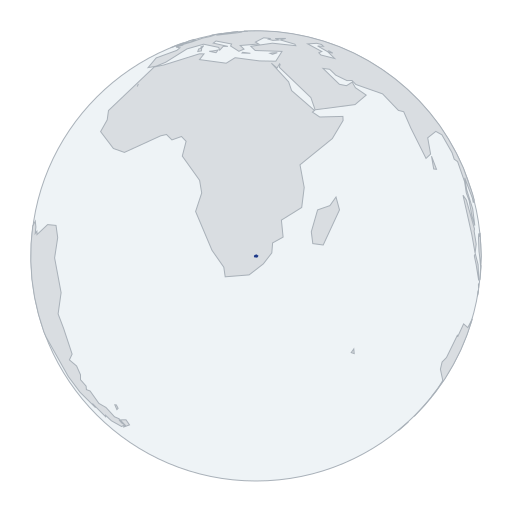 Berea highlighted on a globe, orthographic projection
{"feature_id": "LSO-1202", "entity_name": "Berea", "entity_type": "District", "adm_level": 1, "iso_a3": "LSO", "parent_name": "Lesotho", "parent_adm1": "", "projection": "orthographic", "projection_center": [27.891, -29.155], "detail": "fine", "context": "on_globe", "style": "filled", "palette": "blue", "viewbox_px": 512, "rotation_deg": 0, "n_neighbors": 0, "source": "natural_earth", "source_scale": "10m", "svg_char_len": 5083}
<svg xmlns="http://www.w3.org/2000/svg" viewBox="0 0 512 512"><circle cx="256" cy="256" r="225" fill="#eef3f6" stroke="#a8b0b8"/><path d="M32.8,225.3L32.8,226.1L35.3,221.1L35.9,227.0L35.2,233.5L36.9,231.2L37.0,234.6L47.6,224.6L56.0,225.4L57.7,237.6L54.6,257.9L61.1,292.7L58.1,313.9L63.6,328.4L72.1,354.1L69.4,359.9L76.6,366.0L80.5,374.8L80.5,379.7L86.1,386.1L86.4,389.6L90.1,391.0L98.9,403.4L106.0,407.5L114.5,416.8L119.2,418.8L119.3,420.2L121.7,423.0L124.7,424.8L121.6,426.5L111.3,420.7L105.6,415.3L105.6,416.7L92.4,403.5L95.6,407.7L80.0,392.2L68.3,376.5L46.1,337.0L43.8,331.7L38.5,314.5L34.5,297.0L31.9,279.2L30.8,261.2L31.1,243.2L32.8,225.3ZM129.5,424.9L123.2,427.2L125.4,425.4L120.2,419.9L126.0,419.8L129.5,424.9ZM116.9,409.6L114.8,404.8L116.3,404.9L118.1,408.3L116.9,409.6ZM237.4,31.5L238.2,31.4L229.9,32.8L223.0,33.9L221.5,33.4L211.6,35.1L211.9,35.1L237.4,31.5ZM463.3,167.8L463.4,168.0L472.7,194.4L474.1,200.0L473.3,202.7L472.4,198.1L464.7,177.8L466.7,189.7L472.7,208.9L474.8,225.6L471.8,215.4L469.1,200.5L466.3,192.9L464.6,181.7L457.6,161.6L454.2,159.2L452.1,152.8L441.9,134.8L435.8,131.4L427.7,137.8L430.6,154.1L426.0,158.4L410.8,128.0L403.7,111.7L398.4,110.4L382.6,93.9L355.9,84.5L352.0,80.5L347.0,80.6L335.8,75.2L329.7,69.3L323.0,68.4L339.4,84.3L346.5,85.7L352.2,82.1L355.4,87.7L366.2,95.1L355.0,104.6L315.1,109.8L310.9,97.6L279.3,67.3L280.1,64.6L280.0,64.3L279.6,63.8L277.0,68.0L271.4,63.2L288.6,81.8L291.6,90.6L314.5,110.5L312.4,112.1L319.7,117.0L342.9,116.4L343.1,120.5L332.3,138.6L300.0,164.8L304.2,187.5L301.7,207.5L281.4,220.1L283.1,237.1L272.6,242.9L271.8,252.9L263.3,263.9L249.1,274.9L225.2,276.8L223.8,267.2L212.0,250.3L195.6,211.5L201.7,193.0L199.6,180.3L182.3,156.1L186.1,141.3L181.5,136.5L171.9,139.9L166.5,134.5L160.7,135.8L124.4,152.4L113.4,148.5L100.6,131.6L107.2,119.9L108.5,110.5L154.2,67.0L163.8,65.0L199.5,53.8L204.0,53.9L199.5,59.6L226.2,63.2L235.1,57.7L259.4,60.9L275.8,61.2L282.0,51.4L255.2,50.5L250.8,46.3L272.4,43.2L295.8,45.7L294.9,44.2L280.2,39.9L285.8,38.4L275.2,38.5L279.3,40.0L272.8,40.4L268.6,39.2L270.7,38.5L263.7,37.8L255.4,42.1L258.7,44.0L240.2,45.5L244.0,49.1L238.9,51.3L230.6,46.0L231.6,44.0L216.0,41.0L213.3,43.1L227.9,46.4L223.2,46.4L219.7,50.2L218.7,47.4L203.6,44.2L187.0,48.9L165.6,62.3L156.0,66.2L148.1,67.6L156.2,57.9L176.8,50.4L179.9,47.8L176.1,47.1L182.7,45.2L183.6,44.3L191.4,42.1L202.7,38.1L210.7,36.4L215.5,34.6L220.2,33.7L216.0,34.8L217.4,35.1L237.2,32.8L241.2,32.2L242.7,31.5L247.9,31.3L246.8,31.0L258.4,30.8L244.0,31.0L260.2,30.8L276.4,31.6L292.4,33.7L308.3,36.9L323.9,41.2L339.2,46.6L354.0,53.1L368.3,60.7L382.0,69.3L395.1,78.8L407.5,89.3L419.1,100.6L429.8,112.7L439.7,125.5L448.5,139.1L456.4,153.2L463.3,167.8ZM138.4,83.9L137.2,86.6L138.4,83.9ZM320.9,55.0L334.7,58.5L328.1,52.1L332.8,53.1L328.8,50.8L327.5,51.6L317.6,46.0L323.4,46.3L321.5,44.5L316.7,43.3L307.7,43.9L321.8,51.5L318.8,52.8L320.9,55.0ZM181.3,43.5L183.8,42.7L180.6,44.0L170.5,47.8L175.0,45.8L181.3,43.5ZM194.5,39.3L191.1,40.3L195.8,39.8L193.3,41.0L176.0,46.4L183.0,43.7L180.1,44.4L188.1,41.5L188.9,40.9L194.5,39.3ZM209.2,51.3L212.6,51.0L218.1,50.0L216.0,52.7L209.2,51.3ZM198.6,49.0L201.7,48.2L201.4,50.9L197.8,51.5L198.6,49.0ZM203.7,45.7L201.9,47.9L200.8,47.1L203.7,45.7ZM219.0,34.3L222.4,33.7L222.6,33.8L220.6,34.4L219.0,34.3ZM277.3,52.7L272.5,54.3L270.0,53.3L272.2,52.9L277.3,52.7ZM242.6,52.3L250.4,53.3L242.0,53.0L242.6,52.3ZM353.8,348.9L354.2,353.6L351.2,352.6L353.8,348.9ZM339.5,209.9L323.2,245.0L312.8,243.6L311.3,231.8L317.6,209.9L329.9,205.6L336.0,197.0L339.5,209.9ZM478.1,290.7L477.6,295.5L477.4,296.3L478.1,290.7ZM478.8,283.4L478.6,288.1L478.4,284.7L478.8,283.4ZM477.9,294.8L478.5,290.0L478.3,292.7L478.2,293.0L477.9,294.8ZM478.7,280.5L476.1,264.4L474.3,255.8L475.3,253.8L478.1,264.6L478.7,280.5ZM475.1,253.2L471.8,234.5L463.0,195.2L466.3,199.9L474.5,229.0L474.1,231.1L476.2,244.1L475.1,253.2ZM481.3,256.5L481.1,258.6L480.6,266.4L479.7,256.8L479.0,251.4L478.5,237.5L478.8,233.4L479.6,236.8L480.1,232.9L481.3,256.5ZM431.5,156.2L436.5,169.3L433.7,169.0L431.5,156.2ZM400.6,428.8L398.2,430.7L400.0,429.1L408.4,421.9L405.4,424.6L400.6,428.8ZM414.2,416.4L419.7,410.6L430.3,398.6L430.0,398.7L433.8,394.3L431.6,396.5L438.0,388.1L442.8,380.5L440.4,369.2L442.1,362.0L446.5,357.5L457.6,334.8L457.6,336.9L463.6,323.9L467.8,327.6L472.3,318.8L472.1,319.7L466.9,335.2L460.7,350.2L453.3,364.7L445.0,378.7L435.6,392.0L425.3,404.6L414.2,416.4ZM476.6,301.5L476.7,301.4L476.6,301.5ZM480.2,277.5L480.0,279.8L480.2,277.3L481.0,267.3L481.1,265.2L480.2,277.5Z" fill="#d9dde1" stroke="#a8b0b8" stroke-width="1"/><path d="M254.7,256.5L254.7,256.4L254.8,256.4L254.7,256.3L254.7,256.2L254.8,256.2L255.0,255.9L255.1,255.7L255.3,255.7L255.5,255.6L255.8,255.5L256.0,255.6L256.2,255.4L256.3,255.3L256.3,255.2L256.5,255.2L256.6,255.3L256.7,255.5L256.8,255.5L257.0,255.6L257.1,255.8L257.3,255.9L257.2,256.0L257.3,256.1L257.4,256.3L257.2,256.6L256.9,256.5L256.7,256.7L256.6,256.8L256.5,256.7L256.4,256.5L256.4,256.4L256.4,256.5L256.2,256.6L255.9,256.7L255.7,256.6L255.4,256.7L255.2,256.6L254.9,256.7L254.7,256.5L254.7,256.5Z" fill="#3b82f6" stroke="#1e3a8a" stroke-width="1.5"/></svg>